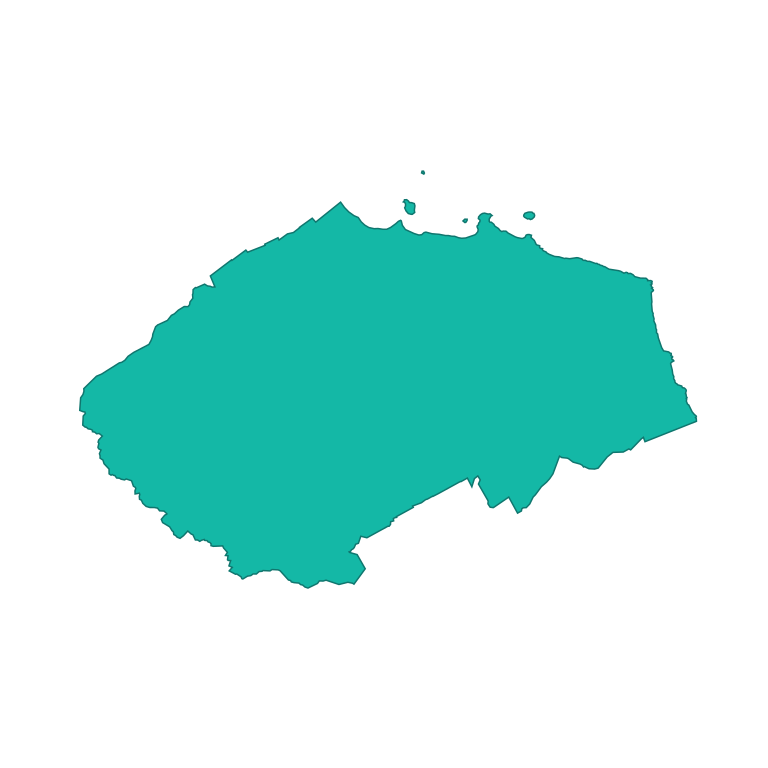 Victor Harbor, South Australia, Australia (Equal Earth projection), rotated 241°
{"feature_id": "25037944B26153550017793", "entity_name": "Victor Harbor", "entity_type": "district", "adm_level": 2, "iso_a3": "AUS", "parent_name": "Australia", "parent_adm1": "South Australia", "projection": "equal_earth", "projection_center": [138.549, -35.516], "detail": "fine", "context": "isolated", "style": "filled", "palette": "teal", "viewbox_px": 768, "rotation_deg": 241, "n_neighbors": 0, "source": "geoboundaries", "source_scale": "gbopen_adm2", "svg_char_len": 6174}
<svg xmlns="http://www.w3.org/2000/svg" viewBox="0 0 768 768"><g transform="rotate(241 384 384)"><path d="M450.0,100.5L442.9,102.3L438.7,100.0L436.6,101.1L436.5,102.5L435.2,103.2L434.5,104.2L431.4,104.6L429.9,106.9L428.2,107.9L425.9,110.6L425.9,112.5L421.8,116.3L416.1,115.3L414.1,116.4L413.0,116.3L411.3,114.4L408.5,113.0L407.1,117.1L405.7,116.8L404.4,115.5L401.7,114.3L400.0,115.5L396.6,115.2L392.3,116.6L389.6,119.2L387.2,123.4L385.2,125.8L381.9,126.2L379.5,130.0L375.8,131.2L375.4,130.8L375.6,128.7L373.6,123.6L370.1,123.2L363.0,127.3L358.5,127.5L356.9,128.1L354.2,127.2L352.5,128.3L350.3,128.8L347.9,130.8L348.5,135.0L350.5,141.1L346.3,142.6L344.8,143.8L339.0,143.4L338.0,145.3L335.7,146.6L335.8,148.6L335.2,151.4L334.2,151.3L332.7,153.4L331.1,153.6L330.0,154.8L328.1,155.3L326.5,154.3L324.8,156.0L320.6,164.4L318.4,164.2L312.7,165.4L310.9,162.2L309.4,164.3L306.1,161.9L305.2,162.2L303.9,164.3L300.1,160.2L297.2,162.4L295.6,158.0L289.6,161.9L289.2,163.1L284.7,165.5L282.7,165.3L281.9,166.0L282.1,171.5L281.0,174.6L281.3,177.5L279.7,180.3L280.5,183.8L279.3,186.6L279.5,187.7L275.8,193.7L276.0,196.1L272.7,201.4L271.0,202.6L258.9,205.4L257.4,207.0L255.8,207.0L253.9,209.0L251.1,213.1L249.0,213.8L247.6,215.4L244.8,216.4L242.4,218.6L241.8,229.1L243.1,232.0L241.2,235.2L240.5,238.2L230.5,247.4L228.1,256.3L225.0,259.9L223.5,260.7L231.5,278.0L247.8,277.8L253.4,272.2L254.1,272.1L253.9,273.7L254.8,275.2L254.8,277.1L255.4,278.7L257.6,281.5L257.1,284.4L262.1,289.9L257.8,294.5L257.7,318.4L257.1,319.6L258.0,321.6L260.3,323.0L259.6,326.1L261.8,327.0L261.8,328.6L261.2,330.4L262.0,330.5L261.9,349.8L263.4,349.8L262.0,359.2L262.7,364.4L262.3,366.2L262.3,372.2L262.0,372.3L261.8,378.2L261.7,403.5L261.3,403.9L261.3,411.3L251.5,411.0L257.4,417.2L258.1,421.5L253.5,421.7L250.7,418.1L231.2,418.4L228.8,416.8L224.8,417.1L222.9,419.6L222.9,420.4L224.6,438.3L206.3,438.2L206.3,442.6L208.1,444.1L208.2,445.8L206.9,448.5L208.4,453.3L212.8,459.6L213.7,462.7L217.9,471.9L219.3,478.5L220.9,483.1L223.5,488.2L235.8,502.5L233.5,503.8L230.5,508.1L229.4,509.1L224.0,511.5L218.9,516.7L216.8,518.0L214.7,518.3L214.7,519.1L210.5,522.2L207.5,527.0L206.6,530.5L212.0,543.9L213.2,551.1L208.5,560.3L208.5,566.7L206.8,567.8L211.3,582.6L211.6,585.0L207.0,584.3L199.9,639.2L202.4,640.4L203.6,640.1L203.8,641.3L204.9,641.5L206.8,640.7L210.3,640.0L217.8,640.4L219.2,639.7L222.4,640.1L224.3,641.6L224.7,641.3L225.4,642.5L226.0,642.2L228.9,643.3L229.4,643.0L231.6,645.1L232.8,645.4L234.8,644.8L236.2,643.2L237.9,643.4L241.0,640.4L242.1,640.3L243.3,639.5L244.6,639.4L246.0,640.0L248.2,639.9L250.0,641.1L252.5,641.3L256.6,642.9L262.8,644.5L263.6,645.7L263.7,648.7L265.1,648.5L265.4,648.0L266.0,647.8L267.5,648.3L267.3,649.1L268.1,649.7L269.8,648.7L270.8,649.8L271.6,650.0L272.6,649.0L274.0,648.6L277.4,644.6L281.2,644.5L291.4,646.3L295.1,647.6L296.8,647.2L299.4,648.7L300.8,648.7L304.0,650.2L308.4,650.6L310.1,651.8L313.9,652.7L315.2,653.6L317.5,653.8L324.4,656.9L325.9,658.1L333.8,661.7L334.5,662.3L335.1,664.9L335.8,665.2L338.0,664.5L338.1,665.6L339.8,665.1L340.7,665.7L341.4,665.3L341.6,667.0L342.9,666.8L343.0,667.7L343.8,668.3L345.1,667.5L346.6,664.7L347.4,665.2L349.5,664.4L352.3,659.6L356.3,655.4L358.8,654.8L361.2,653.3L362.3,651.0L363.3,650.9L364.3,649.9L364.6,647.6L367.9,645.6L369.5,644.0L375.4,636.4L379.7,633.9L380.0,633.2L381.8,632.2L383.1,630.7L384.1,630.4L385.2,629.1L386.3,628.7L386.8,627.5L391.6,623.3L392.6,621.5L394.8,619.8L395.1,618.8L396.2,617.9L397.3,617.8L400.2,615.0L401.0,613.9L403.6,607.1L405.9,604.0L406.2,602.8L410.4,598.7L412.8,595.1L417.5,591.2L420.0,589.8L420.9,589.8L423.3,587.9L425.0,587.7L425.5,588.3L426.9,586.5L427.9,586.3L429.5,587.2L431.3,585.3L432.3,584.8L436.7,585.1L441.0,583.6L442.6,585.1L444.4,583.4L445.2,581.7L445.3,580.5L444.0,578.6L444.0,576.2L444.6,574.9L447.2,571.8L449.1,570.1L455.9,565.7L458.5,564.8L460.0,562.3L460.2,560.9L462.0,559.9L464.5,559.5L468.3,557.5L470.5,557.5L473.5,556.3L474.1,555.1L475.2,554.9L477.2,555.9L479.0,559.0L478.9,560.2L481.4,559.3L482.2,557.4L484.7,554.8L485.4,552.8L485.3,550.4L484.3,547.8L482.9,546.7L481.1,547.4L480.2,547.2L479.2,546.1L478.8,544.8L477.5,543.8L477.1,542.1L476.3,541.6L473.5,541.3L471.7,539.9L470.5,536.9L470.4,535.7L472.1,526.2L473.8,522.6L475.7,520.2L478.9,517.4L480.4,514.9L482.7,512.2L484.0,509.8L488.2,504.8L492.1,498.9L496.5,494.3L497.0,492.5L496.3,489.3L497.4,486.7L501.0,483.3L508.7,477.6L513.9,477.0L518.3,478.2L519.1,477.9L519.3,475.5L518.5,472.1L517.7,465.7L518.0,461.4L519.9,458.0L522.9,454.1L524.6,450.7L528.2,446.6L532.3,444.2L536.8,442.7L542.1,442.2L545.7,439.4L551.6,436.6L557.5,435.0L564.1,434.2L558.7,402.8L563.8,401.6L562.0,386.0L561.6,386.0L560.4,378.2L562.1,372.3L560.8,362.0L563.3,362.2L564.1,347.5L562.9,347.3L565.4,328.6L568.1,328.1L565.8,310.9L566.5,310.8L562.7,284.5L550.9,283.2L552.0,280.7L553.8,279.3L555.3,277.2L558.3,275.5L559.1,266.6L559.8,265.8L559.1,262.8L555.6,260.7L555.1,259.9L551.7,258.4L549.8,254.1L547.6,252.4L546.7,250.1L548.6,246.8L548.5,244.6L548.3,240.0L547.0,234.7L547.1,231.3L544.6,225.4L545.4,214.8L544.8,212.0L539.7,206.0L537.5,204.4L535.0,201.4L532.6,197.6L533.0,180.4L532.3,173.6L530.4,168.9L530.1,165.2L530.8,162.7L529.6,141.7L530.2,136.3L525.5,119.2L523.2,118.1L520.8,115.7L519.0,112.0L508.4,105.1L505.5,107.5L504.6,108.8L503.0,108.5L501.8,105.4L494.1,100.6L491.2,101.7L490.5,102.7L488.2,103.5L486.6,105.5L484.8,106.6L483.6,105.9L482.1,107.7L479.8,108.5L478.8,110.9L475.0,112.4L473.3,107.3L471.7,105.7L470.4,105.9L467.3,103.1L465.7,103.0L463.5,104.5L461.0,101.3L458.9,100.9L456.8,99.7L453.7,101.3L450.0,100.5ZM519.1,494.0L521.3,494.8L524.8,497.4L527.1,498.0L529.2,496.1L530.4,494.2L532.1,494.1L534.2,493.2L535.2,491.2L534.3,490.4L533.9,489.2L532.9,490.2L531.0,490.1L529.0,488.9L528.1,487.5L524.6,487.2L521.3,487.9L519.2,490.1L518.7,491.0L519.1,494.0ZM463.2,587.6L461.9,587.7L458.7,589.6L458.2,591.2L456.9,591.7L456.5,593.6L457.3,596.5L458.6,597.6L460.6,597.8L461.3,597.0L462.5,596.8L463.6,595.1L464.4,593.4L465.0,590.0L464.1,588.3L463.2,587.6ZM487.8,536.6L489.0,534.6L488.3,532.1L486.0,533.0L485.7,533.9L486.7,535.9L487.8,536.6ZM548.9,521.6L551.0,521.8L551.7,520.5L550.4,519.2L548.3,520.6L548.9,521.6Z" fill="#14b8a6" stroke="#0f766e" stroke-width="1.5"/></g></svg>